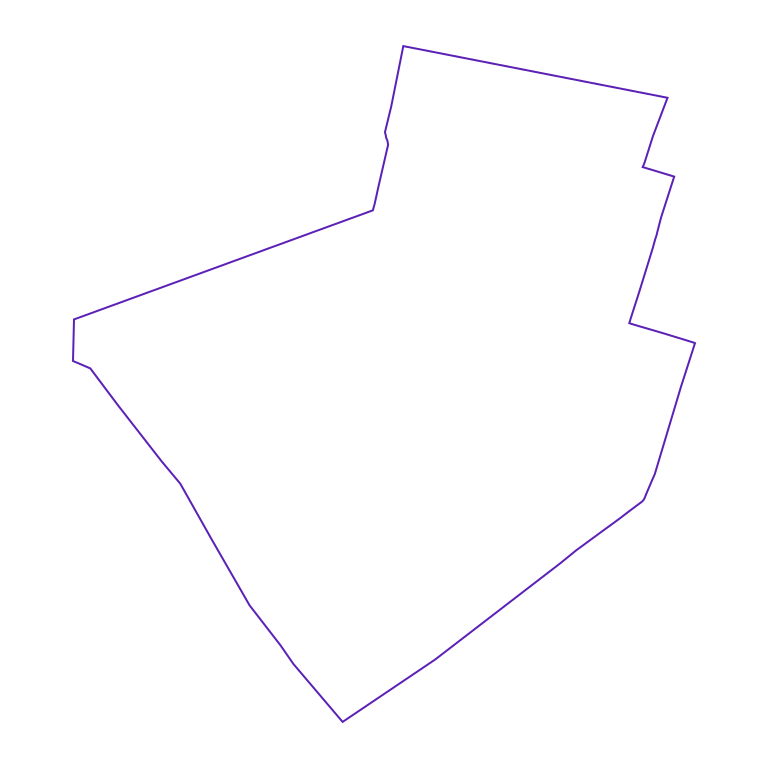 Al-Zohour, Egypt (orthographic projection)
{"feature_id": "37247803B87412130883557", "entity_name": "Al-Zohour", "entity_type": "district", "adm_level": 2, "iso_a3": "EGY", "parent_name": "Egypt", "parent_adm1": "", "projection": "orthographic", "projection_center": [32.271, 31.265], "detail": "fine", "context": "isolated", "style": "outline", "palette": "violet", "viewbox_px": 768, "rotation_deg": 0, "n_neighbors": 0, "source": "geoboundaries", "source_scale": "gbopen_adm2", "svg_char_len": 926}
<svg xmlns="http://www.w3.org/2000/svg" viewBox="0 0 768 768"><path d="M576.1,550.4L601.6,531.7L619.0,519.0L630.5,510.2L642.3,501.4L643.2,500.3L644.1,499.2L645.9,494.8L651.4,481.8L654.8,474.1L681.0,386.7L695.0,343.1L693.1,342.4L691.1,341.8L676.2,337.2L670.2,335.4L665.1,333.8L655.3,330.9L645.7,328.1L640.5,326.6L634.1,324.7L629.3,323.2L630.5,319.1L639.2,292.0L652.8,248.0L655.1,239.6L656.7,234.7L657.0,233.2L657.4,231.7L661.0,217.7L674.2,176.6L642.7,167.1L643.7,164.8L644.6,162.5L653.0,136.0L667.5,97.8L403.3,46.1L391.2,106.6L385.0,132.0L385.4,134.1L385.6,134.6L385.8,135.4L385.9,135.9L386.0,137.2L386.8,139.2L387.5,141.0L387.8,142.9L388.1,144.8L378.2,187.7L374.8,203.3L372.9,210.3L74.0,319.4L73.0,361.0L90.3,368.4L117.6,404.8L161.6,461.3L180.3,483.7L190.1,501.1L211.1,538.4L249.6,605.4L280.4,645.2L293.5,664.1L342.6,721.9L403.9,680.6L434.9,659.7L560.5,563.1L576.1,550.4Z" fill="none" stroke="#5b21b6" stroke-width="2"/></svg>